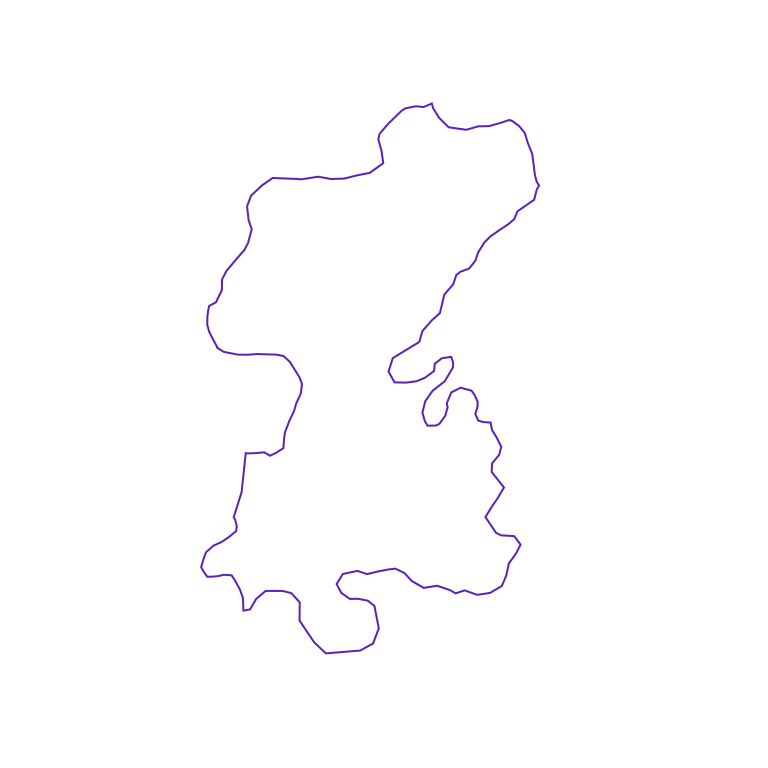 the district of Khojavend District, Xocavənd, Azerbaijan, rotated 328°
{"feature_id": "54616110B38461317640181", "entity_name": "Khojavend District", "entity_type": "district", "adm_level": 2, "iso_a3": "AZE", "parent_name": "Azerbaijan", "parent_adm1": "Xocavənd", "projection": "natural_earth1", "projection_center": [47.013, 39.65], "detail": "fine", "context": "isolated", "style": "outline", "palette": "violet", "viewbox_px": 768, "rotation_deg": 328, "n_neighbors": 0, "source": "geoboundaries", "source_scale": "gbopen_adm2", "svg_char_len": 2686}
<svg xmlns="http://www.w3.org/2000/svg" viewBox="0 0 768 768"><g transform="rotate(328 384 384)"><path d="M573.2,171.5L564.3,170.1L558.3,165.4L548.3,161.6L543.8,161.6L526.0,165.4L512.8,169.5L508.8,173.6L505.5,184.9L500.4,196.3L483.8,197.4L471.8,192.8L459.1,188.7L447.6,182.0L438.0,173.3L422.3,166.6L418.4,163.7L398.8,150.3L385.8,150.9L371.1,153.8L362.0,160.8L356.0,173.3L353.9,182.6L343.3,192.5L336.7,196.3L325.5,199.7L310.1,204.7L302.0,209.6L296.3,218.4L284.8,225.7L277.1,225.1L273.9,228.4L269.8,233.5L265.5,240.1L263.5,246.8L262.8,253.0L262.1,264.8L261.8,264.9L265.1,271.7L275.4,281.5L284.0,287.0L292.0,291.2L308.2,302.0L313.6,307.0L315.9,315.3L315.9,323.2L315.9,333.5L314.4,340.6L308.4,348.0L299.1,354.1L293.6,359.1L284.5,364.9L274.7,372.3L270.4,377.2L264.7,385.1L255.4,385.1L249.3,384.4L246.3,378.5L237.8,374.2L230.8,370.1L230.1,369.4L205.8,400.4L185.9,417.4L185.9,420.0L183.9,426.5L180.6,430.4L171.3,431.6L163.0,431.9L153.7,430.7L143.8,432.4L138.1,436.9L131.9,442.4L131.6,447.1L132.0,453.8L137.0,456.8L141.3,458.9L147.2,461.0L153.4,465.5L153.5,471.5L152.9,482.0L150.9,490.9L144.7,501.7L150.9,504.2L162.0,498.4L174.0,496.8L188.3,505.7L194.6,512.2L196.8,524.5L187.0,539.9L187.9,566.0L189.7,572.9L192.0,581.7L207.6,589.7L222.5,597.4L229.6,597.8L237.1,598.3L250.1,588.5L254.2,577.7L258.3,567.2L255.5,559.2L247.9,552.2L241.2,548.2L237.1,538.6L237.8,528.5L248.5,523.3L262.5,528.5L268.8,536.2L279.9,539.9L289.4,543.6L295.8,546.6L301.2,555.2L303.1,565.7L309.7,578.0L322.1,583.2L330.7,593.7L333.8,599.5L343.0,601.7L351.3,612.2L363.3,617.4L377.0,617.7L386.2,611.2L394.8,602.3L406.2,597.7L414.7,592.5L413.8,582.0L403.0,574.3L400.1,569.4L399.5,550.6L411.2,544.8L419.8,541.1L422.5,539.7L430.9,535.3L428.7,515.6L433.7,508.5L444.2,505.1L450.2,499.3L451.2,488.8L451.2,480.2L454.0,473.2L448.0,468.9L444.5,464.9L445.5,457.8L451.2,452.9L454.0,448.6L455.0,441.3L454.7,436.0L447.0,427.7L436.6,426.8L427.1,433.6L425.5,437.6L419.1,443.4L410.0,447.1L406.1,446.8L398.9,442.5L398.9,437.3L401.4,428.7L409.9,420.4L421.7,415.5L436.9,413.9L444.5,410.0L451.5,406.3L454.0,402.3L455.3,396.5L446.7,392.8L437.8,393.7L433.4,399.5L422.3,400.4L413.1,398.9L403.6,394.6L393.8,388.2L394.4,375.9L405.2,366.7L436.2,367.0L444.8,359.4L458.1,355.4L468.9,353.5L475.2,347.4L482.5,340.1L495.5,336.1L503.1,329.9L508.2,329.3L517.4,331.2L526.9,327.8L533.5,322.3L544.3,317.1L552.5,315.2L563.6,314.6L574.7,314.3L581.8,313.2L588.7,308.3L609.0,307.3L616.5,300.1L620.7,297.8L620.7,293.4L622.7,286.8L627.3,276.9L631.7,267.1L633.7,255.9L636.4,245.6L635.3,236.9L632.2,229.0L630.2,226.5L620.4,224.1L609.9,221.0L600.3,215.4L588.5,212.0L574.9,200.6L571.8,187.6L571.8,176.2L573.2,171.5Z" fill="none" stroke="#5b21b6" stroke-width="2"/></g></svg>